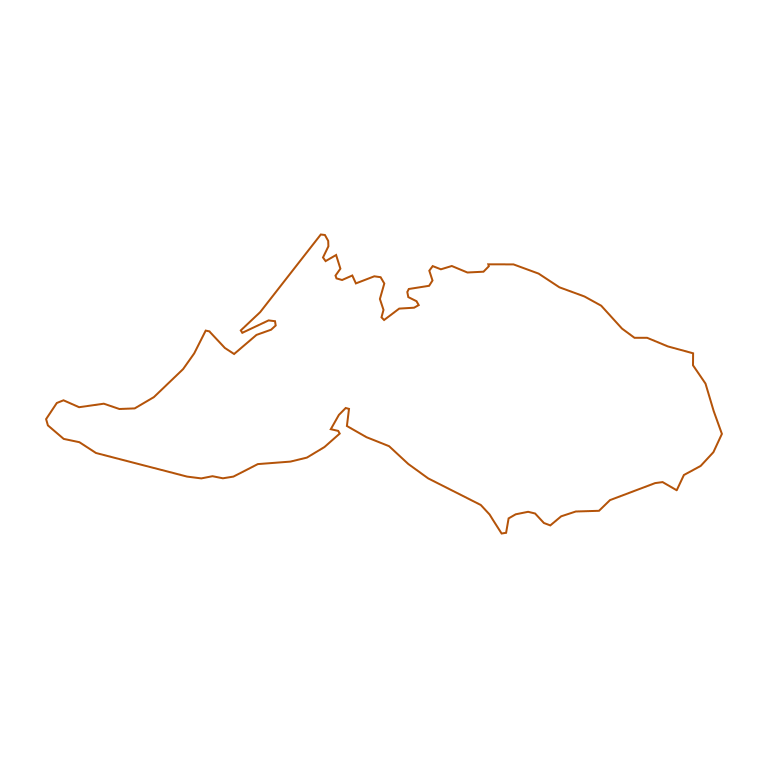 Ryongyon, Hwanghae-namdo, North Korea
{"feature_id": "82179303B51657859086197", "entity_name": "Ryongyon", "entity_type": "district", "adm_level": 2, "iso_a3": "PRK", "parent_name": "North Korea", "parent_adm1": "Hwanghae-namdo", "projection": "equal_earth", "projection_center": [124.917, 38.15], "detail": "fine", "context": "isolated", "style": "outline", "palette": "amber", "viewbox_px": 768, "rotation_deg": 0, "n_neighbors": 0, "source": "geoboundaries", "source_scale": "gbopen_adm2", "svg_char_len": 1630}
<svg xmlns="http://www.w3.org/2000/svg" viewBox="0 0 768 768"><path d="M488.3,264.3L488.8,266.3L483.5,271.7L467.4,272.5L451.8,266.0L440.9,269.3L432.7,266.1L429.3,270.7L432.5,280.5L429.1,285.8L408.8,289.0L407.3,292.0L408.3,297.1L416.5,301.2L418.7,305.1L414.1,307.7L399.2,308.6L384.1,320.0L383.3,319.2L381.5,317.3L383.5,309.9L379.9,299.0L384.3,283.5L380.6,277.2L374.3,276.3L355.9,283.4L352.3,275.5L342.1,280.0L336.5,278.4L335.5,275.6L340.4,268.7L336.1,255.0L325.6,261.1L323.0,257.5L328.4,246.3L328.2,240.9L324.9,235.0L320.8,234.5L294.7,267.9L260.2,312.1L240.8,330.4L242.3,332.8L268.6,320.4L275.0,321.2L275.7,325.5L271.1,329.7L256.5,334.9L234.1,354.0L224.9,348.0L210.1,332.2L209.5,331.4L205.7,330.6L194.2,353.4L183.1,369.1L153.9,397.1L134.7,408.4L119.4,409.0L103.8,403.7L79.1,407.2L63.5,400.3L56.8,403.0L48.5,415.5L46.1,419.1L47.9,425.4L63.7,438.9L79.4,442.2L96.0,453.0L187.1,476.6L201.3,478.4L212.5,476.2L222.9,478.3L231.5,476.9L233.4,476.6L257.8,464.1L290.4,461.6L306.9,457.6L324.5,447.0L339.7,433.6L338.2,430.9L330.8,429.2L338.9,414.9L345.7,408.0L349.0,408.9L346.9,426.0L366.5,437.2L374.1,440.2L389.1,446.2L408.3,464.0L428.2,478.4L480.8,505.0L489.6,514.5L493.0,520.0L501.6,533.5L506.1,532.8L508.6,518.4L515.7,514.3L528.1,511.8L535.1,513.5L543.9,523.0L550.3,525.4L561.2,516.3L575.8,511.5L599.0,510.8L610.0,500.1L655.1,483.1L662.6,482.1L676.6,490.2L676.8,490.1L683.9,475.0L700.7,465.9L713.4,452.2L721.9,433.9L713.7,411.1L705.5,383.6L693.0,365.3L693.1,353.3L667.8,346.4L647.1,337.8L634.5,337.8L622.0,328.6L601.2,305.7L584.5,296.5L559.4,287.3L538.6,273.6L513.5,264.4L488.3,264.3Z" fill="none" stroke="#b45309" stroke-width="2"/></svg>